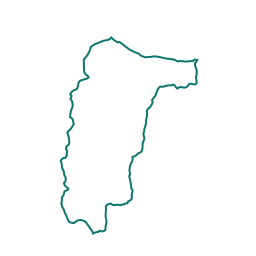 the district of Sandovalina, São Paulo, Brazil, rotated 163°
{"feature_id": "56859067B27263450532509", "entity_name": "Sandovalina", "entity_type": "district", "adm_level": 2, "iso_a3": "BRA", "parent_name": "Brazil", "parent_adm1": "São Paulo", "projection": "natural_earth1", "projection_center": [-51.849, -22.468], "detail": "fine", "context": "isolated", "style": "outline", "palette": "teal", "viewbox_px": 256, "rotation_deg": 163, "n_neighbors": 0, "source": "geoboundaries", "source_scale": "gbopen_adm2", "svg_char_len": 2800}
<svg xmlns="http://www.w3.org/2000/svg" viewBox="0 0 256 256"><g transform="rotate(163 128 128)"><path d="M211.7,80.6L212.5,77.7L213.6,75.9L214.0,73.0L213.8,71.1L213.2,68.6L213.2,65.5L212.5,61.7L212.4,58.4L211.6,55.2L209.3,53.7L207.5,52.9L205.6,53.6L203.3,54.4L199.7,53.7L197.6,52.3L195.7,50.2L195.0,47.5L194.2,45.4L193.3,42.3L192.4,40.2L192.2,37.3L189.6,37.7L186.6,37.4L185.2,38.1L183.7,36.9L181.7,36.5L179.5,36.9L178.3,40.2L176.5,43.4L175.6,46.3L175.4,49.3L174.5,52.4L173.7,54.5L172.7,56.6L172.2,59.3L170.7,60.6L168.8,60.9L166.5,60.7L165.1,58.8L162.3,58.0L159.8,57.6L158.1,56.4L156.4,56.6L154.4,56.1L152.4,56.6L150.5,56.2L149.5,57.7L148.0,57.9L145.7,58.6L144.4,60.7L144.2,62.7L142.9,64.8L141.7,67.5L142.5,69.0L142.0,71.6L141.6,74.4L141.1,77.2L141.1,80.0L140.9,81.8L139.6,82.9L139.4,84.7L138.8,87.6L137.7,90.1L135.7,93.0L133.7,94.9L132.5,97.4L132.1,99.1L130.5,98.9L128.1,99.5L125.7,100.8L123.2,101.0L121.8,101.8L120.5,103.5L119.4,106.2L118.7,108.8L116.9,111.1L115.4,112.9L115.3,115.3L115.0,118.0L113.9,119.4L113.1,121.0L112.4,122.7L111.4,124.0L110.0,126.1L108.9,128.3L108.5,130.2L107.2,132.2L106.3,134.5L105.3,136.5L105.1,138.6L104.0,140.0L102.6,141.0L101.0,141.2L99.4,142.7L98.1,143.8L96.8,145.6L96.9,147.7L94.6,149.3L92.5,150.7L91.1,152.7L89.6,154.4L88.2,156.4L86.7,157.4L85.3,158.1L83.8,157.8L82.4,157.1L80.6,157.2L78.6,157.2L76.2,156.8L74.3,156.1L72.4,156.4L71.1,155.4L70.3,153.3L69.3,151.3L66.8,152.0L64.8,151.4L62.2,150.0L60.0,150.1L58.1,150.9L56.8,152.2L54.7,151.9L52.9,150.9L51.0,149.9L49.4,150.8L48.7,152.4L48.4,155.3L48.0,157.2L46.9,158.7L45.7,161.9L45.4,164.9L45.6,168.2L45.0,170.4L43.4,171.2L42.0,172.9L44.5,173.9L46.3,173.2L53.0,174.5L58.8,176.9L61.0,177.1L62.9,179.0L64.3,180.2L71.7,183.5L75.8,185.9L80.3,188.2L83.1,189.1L84.9,189.2L87.6,189.9L91.0,190.6L94.3,193.2L96.1,196.1L98.8,198.0L101.4,200.5L103.5,202.4L107.4,207.8L111.0,212.7L113.0,213.0L115.8,216.4L117.6,219.5L119.4,218.3L121.4,218.1L125.9,218.6L129.6,218.3L134.3,217.8L136.0,217.7L140.0,216.3L141.3,213.9L143.2,211.9L145.3,209.7L150.3,206.3L152.1,199.8L153.0,196.7L153.4,194.3L153.0,191.7L151.2,189.7L151.0,187.8L152.6,187.3L154.7,187.3L157.6,187.3L159.9,187.2L161.5,186.3L162.6,184.9L163.6,182.5L165.4,180.3L167.8,180.0L169.4,179.7L171.6,178.8L173.5,177.0L172.6,175.1L174.5,172.6L173.6,170.0L174.3,165.4L175.6,163.6L177.6,161.0L178.7,158.9L180.2,155.3L178.7,153.5L178.4,151.5L178.8,147.5L182.9,143.9L185.7,142.5L187.4,141.4L187.3,139.5L187.5,135.4L188.0,133.1L188.4,130.9L189.7,129.3L191.3,128.8L192.7,127.9L193.4,126.2L192.9,124.1L193.8,122.0L194.6,119.7L196.4,117.8L198.9,118.2L201.8,116.6L202.0,112.1L202.8,109.5L202.2,106.3L202.2,103.6L202.7,101.9L202.1,99.7L202.4,97.5L203.6,95.0L205.2,94.4L205.4,91.7L202.7,87.3L204.1,86.3L207.1,86.1L209.0,83.0L211.7,80.6Z" fill="none" stroke="#0f766e" stroke-width="2"/></g></svg>